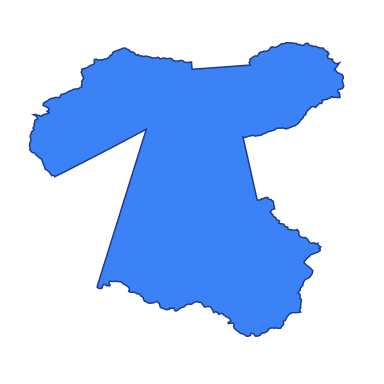 the district of Pacajá, Pará, Brazil, rotated 86°
{"feature_id": "56859067B2660041760548", "entity_name": "Pacajá", "entity_type": "district", "adm_level": 2, "iso_a3": "BRA", "parent_name": "Brazil", "parent_adm1": "Pará", "projection": "equal_earth", "projection_center": [-50.664, -3.7], "detail": "fine", "context": "isolated", "style": "filled", "palette": "blue", "viewbox_px": 384, "rotation_deg": 86, "n_neighbors": 0, "source": "geoboundaries", "source_scale": "gbopen_adm2", "svg_char_len": 5842}
<svg xmlns="http://www.w3.org/2000/svg" viewBox="0 0 384 384"><g transform="rotate(86 192 192)"><path d="M103.9,344.8L104.6,343.0L105.5,342.1L107.9,340.8L108.5,341.2L109.3,343.5L112.8,344.7L114.7,344.7L115.6,345.0L116.4,345.8L117.5,346.1L118.8,345.2L120.9,348.0L122.5,348.2L123.8,349.2L125.9,349.6L127.7,349.1L129.5,349.2L132.7,350.6L134.5,350.9L135.8,350.5L138.1,350.5L138.5,351.0L141.0,349.0L141.6,348.3L142.0,346.6L142.6,345.9L144.1,345.0L147.3,341.8L148.4,340.2L149.9,339.3L150.8,339.3L152.1,338.6L154.2,338.4L155.7,337.5L158.9,337.0L160.1,335.1L162.7,332.5L165.9,330.9L165.8,328.5L166.3,328.0L167.2,328.0L163.8,319.5L143.1,271.3L126.2,233.2L276.6,292.0L280.1,293.3L281.1,292.5L281.9,290.8L281.9,289.5L281.6,288.5L278.6,287.3L277.9,286.3L278.3,285.1L279.4,284.1L279.9,280.8L279.2,280.0L277.8,281.3L275.6,280.5L275.2,279.7L275.8,276.9L275.8,274.0L276.7,269.1L277.2,268.3L278.4,267.5L281.0,263.6L282.5,262.0L283.8,261.2L285.3,261.4L286.5,262.2L287.1,261.8L287.9,259.3L287.8,256.5L289.6,254.2L290.1,251.5L292.0,250.5L293.3,248.5L294.7,247.9L295.5,248.0L297.7,247.0L297.9,245.9L298.9,244.8L299.6,243.2L300.1,241.5L299.9,238.3L298.7,234.8L299.2,233.9L299.8,233.7L300.8,232.5L304.7,231.7L305.3,230.9L307.7,225.4L307.5,223.2L307.0,222.3L306.4,222.5L306.3,221.4L306.7,220.8L306.4,219.1L306.6,218.2L308.7,217.6L309.6,216.6L309.1,214.7L307.6,212.9L307.3,211.9L306.7,211.5L306.0,207.9L305.6,207.2L304.5,206.6L304.1,205.7L304.1,204.7L303.4,203.3L303.9,201.7L303.9,200.0L302.7,198.9L302.5,197.3L301.7,195.9L301.6,194.8L302.5,193.2L302.7,191.5L303.2,190.0L304.7,189.7L305.6,188.5L307.5,187.8L307.8,187.0L307.3,185.5L307.4,182.6L308.6,181.0L312.5,179.2L313.8,178.9L313.0,176.5L314.3,174.5L315.8,174.1L315.2,170.9L315.3,170.1L317.1,168.8L318.0,167.3L318.6,167.0L319.3,165.5L320.8,163.4L321.4,162.9L323.3,162.3L323.8,162.7L324.2,164.2L324.8,164.4L325.0,165.2L325.8,165.0L325.5,161.5L326.0,159.8L327.0,159.1L329.3,159.9L331.3,159.0L335.8,154.2L336.6,152.8L336.7,151.9L338.4,149.0L339.8,147.5L339.5,144.4L339.2,143.7L337.7,143.5L337.2,142.9L337.2,141.9L337.9,140.5L340.3,138.7L340.3,135.9L339.3,133.6L337.6,132.3L337.7,130.1L337.3,128.7L336.2,126.6L333.7,124.5L333.2,122.7L333.1,121.6L333.7,118.9L333.2,117.6L333.9,116.2L334.1,113.0L332.7,112.2L330.4,109.8L327.7,110.2L326.6,108.0L323.0,105.8L320.5,103.2L319.7,101.7L319.4,99.4L319.7,95.4L319.4,92.0L317.3,92.9L314.6,91.5L313.0,91.6L307.3,90.4L306.5,90.5L306.1,91.3L305.3,91.8L302.7,91.3L301.2,91.7L300.0,93.6L297.6,90.9L295.7,90.7L292.8,87.9L290.1,87.3L287.4,85.4L285.4,80.6L281.7,77.7L278.8,77.0L275.6,79.7L272.8,83.1L270.1,85.3L267.4,83.3L264.1,79.1L262.9,78.0L260.7,70.5L259.6,68.4L258.0,68.0L257.2,69.3L255.7,67.4L253.9,69.8L251.9,70.0L252.3,72.6L251.1,73.7L251.5,76.6L250.5,78.3L247.0,80.2L245.3,82.2L245.1,85.5L243.8,87.3L241.7,88.5L239.2,88.2L236.7,89.6L237.4,91.0L237.2,93.2L235.9,98.8L233.7,99.0L233.0,101.5L230.5,102.7L229.2,107.7L226.9,106.7L225.6,109.5L223.3,110.4L222.1,112.2L218.9,114.0L217.2,115.4L215.3,113.4L214.5,110.7L209.4,111.5L206.8,111.6L206.6,112.7L205.1,113.5L204.5,116.3L202.7,116.7L202.8,119.6L203.6,121.6L203.6,123.1L204.4,124.0L204.7,125.1L204.7,127.5L140.6,137.3L141.3,135.7L141.1,133.9L140.3,132.4L140.2,129.8L139.6,128.2L140.6,124.9L140.1,119.4L140.0,118.6L139.0,117.1L138.5,114.5L137.4,112.6L135.9,105.3L134.3,103.0L134.6,96.1L135.6,94.1L134.9,90.8L133.0,85.1L133.1,84.1L132.4,83.6L131.1,81.2L129.9,80.4L129.5,79.6L128.1,79.0L127.1,77.5L125.4,75.7L124.0,75.4L122.7,73.2L122.2,72.8L121.5,73.0L119.3,71.5L115.3,66.7L115.1,65.2L115.4,64.2L116.1,63.4L116.2,62.5L115.6,62.4L113.5,59.6L112.3,58.7L112.8,56.5L110.8,55.5L109.4,55.6L109.6,54.7L109.3,54.1L108.8,50.4L108.3,49.7L108.3,48.8L107.6,47.3L106.6,46.3L106.6,45.4L107.2,45.6L107.5,44.9L107.4,42.2L107.9,40.5L108.1,38.2L107.6,37.6L106.2,38.1L105.1,37.7L104.6,38.4L103.2,38.2L103.1,39.1L102.6,39.5L100.6,39.4L100.1,38.7L99.3,34.7L97.6,33.5L96.7,33.2L91.6,34.3L90.0,33.8L89.2,33.2L87.3,33.0L85.4,34.0L82.7,39.1L81.6,39.4L80.4,40.5L80.0,41.4L73.5,35.9L74.2,38.2L73.4,40.4L71.0,42.8L69.9,42.4L69.2,42.9L68.6,45.8L68.0,47.2L66.4,47.1L65.8,47.6L65.1,47.5L64.7,46.4L63.4,45.7L62.9,46.7L62.1,47.2L61.5,46.7L60.1,49.4L57.4,51.3L57.4,53.6L56.3,56.8L55.2,58.6L55.3,60.5L55.0,61.3L54.4,62.0L53.9,65.0L52.4,65.4L51.7,66.4L51.8,68.3L53.4,70.4L53.0,73.4L52.3,74.4L52.4,76.0L52.0,76.8L51.2,77.2L50.2,82.7L49.7,87.5L50.3,89.4L50.5,92.6L52.8,96.5L53.6,98.6L53.6,99.8L53.0,100.4L52.9,102.8L54.2,104.2L55.5,104.7L56.8,107.9L56.9,108.6L56.5,109.8L57.3,113.8L58.2,115.5L59.3,115.9L60.5,117.0L60.9,117.7L60.7,119.9L61.0,120.7L63.2,124.4L63.7,124.9L65.4,124.9L66.9,126.0L69.4,124.9L69.6,183.4L62.5,183.4L62.1,184.4L62.6,185.8L62.0,190.6L60.3,192.1L60.0,194.3L60.3,196.2L60.3,199.6L59.7,201.1L57.2,203.5L57.2,208.9L56.5,209.7L56.3,211.2L57.1,214.2L55.8,215.6L55.2,216.7L55.7,218.1L55.6,221.9L54.3,224.8L53.2,228.5L53.2,229.3L53.6,229.9L52.3,234.8L51.1,236.1L51.7,238.1L48.7,240.3L48.0,242.0L47.7,243.9L46.1,244.5L45.3,246.3L43.7,248.5L43.8,251.4L44.7,253.1L44.8,254.2L45.5,255.0L45.3,255.8L45.5,256.9L46.0,257.3L46.5,260.1L47.3,261.3L48.9,262.0L50.1,263.0L50.0,264.0L51.9,265.4L53.2,268.2L53.3,270.1L53.8,271.3L53.7,274.6L54.0,276.4L53.4,277.0L52.9,278.2L53.1,280.3L55.0,280.5L56.5,280.1L57.8,281.4L58.4,282.8L58.4,284.1L60.8,288.4L61.8,293.3L63.1,293.1L64.8,294.2L66.8,293.4L68.7,293.2L70.7,291.9L73.2,294.0L74.3,294.3L75.9,294.1L78.0,294.9L78.7,294.3L79.5,294.5L79.9,296.0L81.2,298.5L81.1,301.5L81.4,303.4L82.3,305.3L82.9,307.6L84.4,310.4L85.3,313.2L85.4,315.4L86.6,316.6L88.2,316.9L88.4,318.7L88.1,321.9L88.7,323.8L88.8,325.8L89.8,328.3L90.4,328.8L93.1,334.1L95.2,334.5L97.1,331.1L98.9,328.8L100.7,329.6L101.3,331.1L101.8,330.7L101.9,329.9L102.6,328.9L103.3,329.4L104.0,331.9L104.1,333.5L104.7,335.2L105.5,336.4L105.8,337.7L105.0,338.8L104.5,341.5L103.7,342.6L103.6,343.5L103.9,344.8Z" fill="#3b82f6" stroke="#1e3a8a" stroke-width="1.5"/></g></svg>